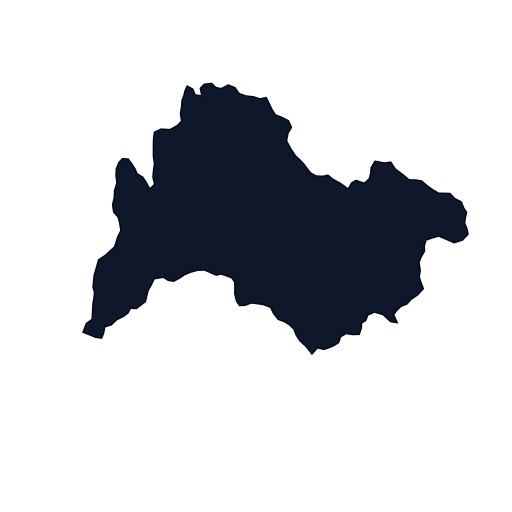 outline of Gonzaga, Minas Gerais, Brazil, rotated 123°
{"feature_id": "56859067B49694268635094", "entity_name": "Gonzaga", "entity_type": "district", "adm_level": 2, "iso_a3": "BRA", "parent_name": "Brazil", "parent_adm1": "Minas Gerais", "projection": "albers", "projection_center": [-42.499, -18.87], "detail": "fine", "context": "isolated", "style": "filled", "palette": "ink", "viewbox_px": 512, "rotation_deg": 123, "n_neighbors": 0, "source": "geoboundaries", "source_scale": "gbopen_adm2", "svg_char_len": 2609}
<svg xmlns="http://www.w3.org/2000/svg" viewBox="0 0 512 512"><g transform="rotate(123 256 256)"><path d="M414.1,359.5L412.5,351.7L411.6,346.4L408.9,340.8L403.8,341.8L397.7,344.3L392.6,339.9L385.4,338.2L378.6,334.2L373.5,332.4L368.2,332.8L365.2,327.8L360.0,325.9L354.5,323.9L349.4,325.8L343.5,327.8L337.7,328.1L330.5,329.0L324.2,322.0L324.2,316.3L322.0,311.3L316.3,308.2L310.9,305.9L305.3,302.2L299.7,297.2L295.8,291.6L294.6,284.4L293.7,279.0L290.0,275.3L288.7,270.0L287.5,264.4L289.5,259.6L293.9,256.5L299.2,253.3L304.3,247.9L306.5,242.9L303.3,238.3L297.9,234.4L295.3,229.1L292.7,223.4L291.1,215.9L294.5,210.1L297.0,203.0L295.5,195.8L295.5,190.4L296.7,184.2L300.4,179.2L303.1,173.3L304.6,164.6L307.7,155.7L299.6,154.5L297.2,148.1L292.9,144.7L288.7,141.9L283.6,139.6L277.7,141.1L271.9,138.2L269.3,132.3L265.5,126.8L259.2,128.4L254.7,130.9L250.1,128.9L244.8,130.1L238.5,126.2L235.9,117.5L237.7,107.4L235.0,101.3L230.3,108.6L224.5,108.3L219.1,106.9L214.0,103.3L207.9,102.4L200.6,99.3L192.3,97.9L188.4,103.2L184.7,107.7L178.6,110.5L172.7,115.8L167.1,117.0L160.2,117.3L155.7,120.5L150.1,122.1L145.6,118.7L139.8,113.7L138.2,104.7L136.9,97.0L130.2,91.5L122.2,90.1L118.0,94.3L114.8,99.0L110.1,101.2L104.7,103.2L102.6,108.0L98.9,113.3L99.6,120.9L97.9,127.3L100.8,132.1L103.9,136.9L104.2,143.4L103.9,150.6L102.9,157.9L105.2,163.3L108.8,169.1L107.9,176.2L107.2,186.5L103.9,194.1L108.2,199.1L111.7,207.8L119.1,207.5L123.9,205.0L129.5,203.0L136.1,204.8L138.1,213.2L142.7,215.6L149.6,215.1L149.1,224.9L149.8,233.1L149.1,239.8L152.8,243.4L156.2,249.2L156.6,255.8L154.7,261.0L152.8,266.2L151.5,271.7L150.5,277.6L147.1,285.2L143.0,293.0L135.6,296.1L128.7,296.4L124.9,302.5L125.8,310.6L127.1,316.5L124.4,322.5L120.8,328.3L117.6,333.7L122.1,338.2L123.9,344.9L127.3,351.6L129.0,358.6L126.3,365.4L127.7,372.4L134.6,376.3L136.6,381.4L135.4,387.2L140.1,392.9L145.7,394.0L151.2,388.6L154.1,394.7L150.5,399.9L151.0,406.3L156.3,405.4L160.8,403.8L165.9,402.7L170.9,399.9L177.8,396.8L183.4,391.8L189.7,393.1L196.9,397.0L201.3,404.7L207.4,408.6L213.0,406.0L218.6,402.6L223.4,399.5L228.9,395.9L233.7,391.5L240.4,388.4L246.2,385.2L251.0,380.0L257.7,381.6L254.1,388.1L251.6,393.8L251.8,400.6L248.9,404.9L246.7,409.6L244.3,416.0L247.2,421.0L252.1,421.9L258.9,420.6L265.1,417.0L270.4,412.4L278.0,410.3L284.4,406.6L291.2,404.1L296.6,399.3L298.5,392.8L302.2,388.6L308.3,383.1L315.2,382.4L320.7,380.8L325.5,379.5L331.0,381.1L337.1,382.5L344.9,385.9L352.3,383.6L360.5,381.1L366.7,377.9L371.1,375.5L374.5,371.5L379.6,369.0L384.7,366.8L391.1,363.1L398.4,358.9L405.0,361.5L414.1,359.5Z" fill="#0f172a" stroke="#020617" stroke-width="1.5"/></g></svg>